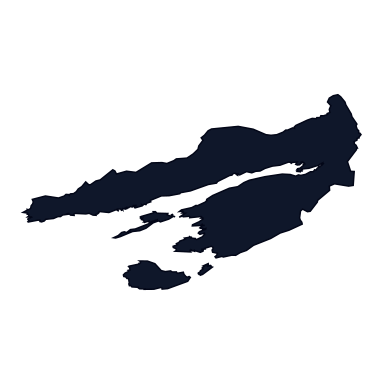 Molde nor, Møre og Romsdal, Norway
{"feature_id": "86288312B46732094957179", "entity_name": "Molde nor", "entity_type": "district", "adm_level": 2, "iso_a3": "NOR", "parent_name": "Norway", "parent_adm1": "Møre og Romsdal", "projection": "orthographic", "projection_center": [7.48, 62.76], "detail": "fine", "context": "isolated", "style": "filled", "palette": "ink", "viewbox_px": 384, "rotation_deg": 0, "n_neighbors": 0, "source": "geoboundaries", "source_scale": "gbopen_adm2", "svg_char_len": 6066}
<svg xmlns="http://www.w3.org/2000/svg" viewBox="0 0 384 384"><path d="M32.3,199.4L33.3,201.9L32.6,204.0L31.2,205.7L30.6,208.5L28.3,209.8L27.2,209.4L27.3,210.1L23.0,212.4L27.5,213.1L27.2,214.2L28.6,214.4L28.9,215.9L27.6,216.9L32.5,216.8L28.0,218.8L27.9,219.5L29.2,220.7L27.9,221.7L28.2,222.0L37.8,220.2L40.0,220.2L40.3,220.5L40.0,221.5L41.6,221.9L44.2,221.0L45.8,219.3L53.5,218.5L57.9,216.6L60.5,216.6L62.6,215.0L67.8,214.3L66.8,213.8L67.3,213.5L68.9,213.4L70.5,215.1L74.1,215.4L73.8,214.2L75.1,213.4L85.9,213.9L89.1,213.3L93.0,215.1L96.0,215.3L95.7,214.4L97.4,213.8L97.0,214.4L98.7,212.9L98.3,212.7L99.2,211.5L108.9,212.5L116.7,209.5L117.2,210.3L118.9,211.1L117.8,210.4L117.5,209.2L120.5,208.9L121.3,210.1L120.9,210.4L121.6,210.3L122.2,209.3L122.6,209.7L122.4,208.9L122.7,208.5L125.0,209.0L124.8,208.3L125.3,207.9L126.7,208.8L127.1,208.5L126.8,207.4L128.6,207.8L129.9,206.6L132.3,207.0L133.3,205.5L136.7,205.4L133.8,206.6L135.0,207.9L142.0,205.9L141.8,205.0L142.4,205.6L144.2,204.1L145.9,204.6L146.8,203.2L150.8,201.8L150.3,200.4L161.3,195.9L169.1,195.7L179.8,193.7L180.5,192.7L190.4,190.9L208.3,184.5L216.5,183.1L217.6,181.5L229.6,175.5L232.0,175.1L232.6,174.0L234.3,173.3L235.6,173.3L236.2,174.4L236.7,174.7L236.2,173.7L238.0,173.7L237.8,174.4L238.2,174.8L239.7,174.9L246.5,171.6L251.8,172.8L255.7,171.3L260.1,171.0L265.0,168.4L272.4,166.1L280.0,165.2L288.5,162.1L290.5,162.3L291.2,163.3L291.9,162.8L291.7,162.5L297.2,162.0L295.7,164.3L297.3,165.0L299.5,164.8L301.3,163.3L301.0,162.2L301.9,161.9L301.7,162.8L303.0,162.2L304.6,163.4L304.8,164.0L303.2,164.3L303.5,165.4L300.0,168.2L297.6,168.7L296.7,170.0L297.8,170.2L297.0,171.4L300.1,171.7L300.1,172.4L300.7,170.8L301.9,171.0L301.7,170.1L302.3,169.9L301.8,169.0L308.9,168.3L317.3,165.6L319.0,166.2L318.7,165.7L319.2,164.6L322.8,162.8L322.7,163.4L323.3,163.6L322.1,165.0L320.8,164.8L321.5,165.3L317.2,168.3L316.1,170.1L314.6,169.8L313.4,171.6L310.3,171.8L305.5,174.4L300.8,175.4L298.4,174.9L295.8,176.2L290.2,174.5L282.2,174.1L264.9,176.7L249.4,180.2L243.9,182.6L237.8,186.7L229.4,188.2L212.7,195.5L206.8,199.3L206.6,200.0L207.1,200.4L205.0,202.2L197.4,205.7L196.0,205.4L191.8,207.6L181.5,209.9L179.4,211.5L182.7,211.2L183.3,211.7L181.9,213.0L185.4,213.2L179.2,217.2L182.7,215.9L183.2,216.8L189.2,216.3L190.0,216.9L189.8,217.7L201.2,216.5L201.9,217.2L200.9,218.1L203.0,218.1L203.2,218.9L199.3,221.7L192.5,224.8L192.3,225.9L200.8,225.5L202.1,224.2L202.8,225.2L204.8,225.4L202.5,225.6L199.9,227.9L201.1,228.5L203.5,227.6L202.6,228.3L202.6,229.2L205.9,228.4L205.7,229.3L199.4,231.7L198.3,233.1L199.9,234.3L204.5,233.1L204.7,234.0L202.4,236.8L196.7,239.5L195.3,239.1L195.3,238.5L190.8,238.1L191.7,236.6L191.1,237.5L189.5,236.6L189.3,237.3L184.4,238.1L185.3,239.2L179.8,241.1L179.0,242.4L176.5,243.6L177.5,244.7L173.1,246.3L173.3,247.5L176.1,248.7L176.3,250.5L175.2,251.2L190.1,251.9L189.6,251.5L190.0,250.4L191.4,250.8L191.3,249.9L192.8,250.8L194.1,250.3L194.1,251.2L194.8,251.4L195.2,250.7L200.3,252.3L203.0,251.2L203.2,250.1L201.8,249.9L201.8,249.3L205.1,249.0L204.7,248.3L211.3,246.3L212.8,247.1L213.1,248.8L212.1,250.0L212.6,252.2L217.5,253.3L216.6,255.4L215.0,256.7L216.0,257.9L221.9,256.4L223.3,257.0L231.7,255.2L235.7,255.3L240.2,252.6L246.5,250.4L253.5,245.3L270.6,238.5L280.2,233.0L289.0,230.2L302.2,224.1L301.8,222.2L300.2,220.0L299.6,217.9L300.5,211.0L302.6,209.1L307.5,211.7L310.2,211.3L317.3,202.1L317.6,200.4L329.6,190.3L329.3,186.1L334.5,183.8L348.6,186.1L353.2,185.4L354.2,171.5L350.6,171.3L347.4,161.6L356.4,149.7L356.5,148.2L357.4,148.1L356.0,145.2L354.3,144.0L354.4,142.9L354.0,141.6L356.9,140.2L357.2,138.3L359.1,137.9L359.0,137.1L361.0,134.6L359.9,133.2L358.7,133.0L358.7,130.8L357.1,129.1L356.0,125.8L356.9,124.1L351.9,116.7L351.2,113.9L345.8,104.8L345.0,102.1L340.6,96.7L337.9,94.7L333.3,95.7L329.3,98.1L327.5,102.0L330.9,105.7L329.3,109.3L329.9,112.5L327.3,113.5L327.8,114.1L327.3,114.6L323.4,115.8L320.9,115.7L320.0,117.6L316.8,117.6L316.2,118.7L312.2,118.4L307.4,120.1L295.9,125.4L294.2,127.1L294.5,128.3L292.6,127.9L287.6,130.1L285.7,130.1L283.2,132.1L276.8,134.7L271.0,135.3L266.0,134.7L253.2,129.2L238.2,126.4L211.5,129.0L208.1,130.8L204.5,135.2L201.2,137.8L203.0,140.3L198.8,145.9L198.0,149.3L193.1,154.0L186.9,158.1L176.3,158.9L173.8,160.7L166.9,163.5L162.0,162.6L151.6,162.9L136.0,172.4L126.5,171.2L116.5,174.0L114.9,171.0L112.8,169.8L100.2,179.9L95.9,181.0L90.7,184.6L88.9,184.9L85.7,181.9L81.8,186.6L78.3,188.9L76.3,191.7L73.6,193.6L70.3,193.9L69.3,195.3L69.1,194.6L66.0,194.4L64.1,196.1L58.5,198.0L45.4,196.0L32.3,199.4ZM147.5,261.1L139.7,261.0L140.6,261.6L140.4,263.0L138.9,263.4L138.9,264.1L128.9,266.2L128.5,266.6L129.6,267.4L130.1,269.9L128.1,270.4L128.5,270.8L128.2,271.7L125.1,273.1L123.4,274.9L123.8,276.5L125.6,276.8L127.0,278.5L128.6,278.6L129.3,283.2L128.8,283.9L129.4,285.7L130.5,285.4L131.9,286.9L138.3,287.3L138.1,287.7L139.5,288.8L144.6,288.9L144.4,289.3L153.9,289.2L160.7,287.5L162.0,288.0L162.1,289.1L167.7,288.6L187.7,281.3L190.3,277.4L189.1,276.5L187.4,277.2L186.0,276.6L184.0,274.4L183.3,272.2L177.3,273.3L176.4,271.9L172.4,272.0L170.6,270.9L165.3,271.6L161.2,270.6L154.9,263.7L147.5,261.1ZM154.8,211.7L153.2,211.7L153.6,212.6L153.2,213.0L141.1,216.5L140.5,216.9L140.8,217.1L140.5,217.8L142.3,217.9L141.5,218.6L142.2,218.8L141.6,219.6L143.5,220.2L144.4,221.7L143.9,222.0L144.5,222.1L143.9,222.6L148.8,221.0L148.4,221.8L149.7,222.3L157.3,219.6L157.2,220.4L135.3,229.0L130.4,229.6L128.1,231.4L130.8,231.5L127.8,232.9L124.3,231.8L121.7,232.5L118.2,235.6L113.6,237.7L115.6,238.0L120.1,236.7L132.6,231.5L139.8,230.7L146.0,228.2L153.2,222.8L158.5,220.9L160.4,221.9L168.8,219.1L173.3,216.4L175.1,216.8L172.3,215.7L172.1,215.2L172.6,214.7L172.3,214.4L171.3,215.0L171.5,215.5L171.0,216.0L170.2,216.0L167.1,214.8L167.8,213.5L156.8,213.2L155.9,212.1L154.5,212.3L154.8,211.7ZM208.4,264.9L208.2,263.6L203.4,265.8L204.5,266.1L202.2,268.0L203.2,269.0L200.4,270.8L200.3,271.7L198.3,273.0L198.3,273.7L199.3,274.6L200.6,274.4L200.6,275.1L202.6,274.4L212.4,267.1L210.9,266.6L210.9,265.6L210.4,265.4L206.7,266.5L208.4,264.9Z" fill="#0f172a" stroke="#020617" stroke-width="1.5"/></svg>